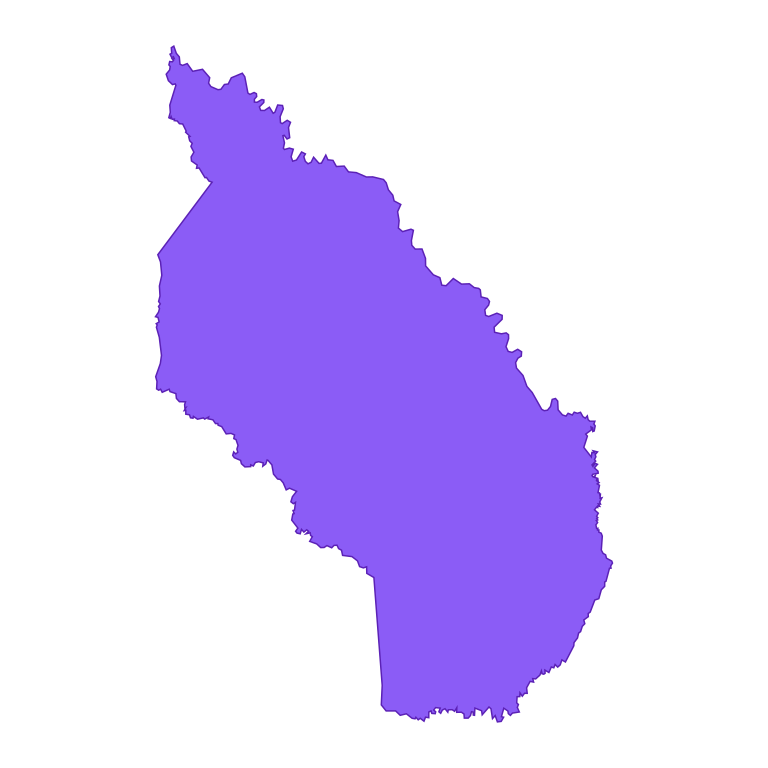 Sabana De Torres, Santander, Colombia (Natural Earth projection)
{"feature_id": "7082276B5396414457031", "entity_name": "Sabana De Torres", "entity_type": "district", "adm_level": 2, "iso_a3": "COL", "parent_name": "Colombia", "parent_adm1": "Santander", "projection": "natural_earth1", "projection_center": [-73.555, 7.427], "detail": "fine", "context": "isolated", "style": "filled", "palette": "violet", "viewbox_px": 768, "rotation_deg": 0, "n_neighbors": 0, "source": "geoboundaries", "source_scale": "gbopen_adm2", "svg_char_len": 6089}
<svg xmlns="http://www.w3.org/2000/svg" viewBox="0 0 768 768"><path d="M400.2,715.3L406.4,713.8L412.1,718.3L415.1,718.8L415.9,717.3L418.2,719.8L420.2,718.3L424.0,721.2L425.5,717.2L428.8,717.7L428.8,712.0L431.0,710.9L431.8,713.4L435.2,713.7L435.7,711.8L433.7,710.0L435.6,707.6L440.2,708.1L438.9,711.8L440.7,713.3L442.3,710.1L445.0,708.7L447.8,712.2L448.3,709.8L452.2,709.7L454.6,711.3L456.8,707.7L456.7,712.3L461.4,712.2L464.0,714.0L464.3,718.1L468.2,718.1L470.5,715.5L471.5,711.7L473.1,712.0L473.3,715.1L474.5,715.3L474.9,708.1L481.6,710.7L482.2,714.8L489.0,707.0L491.0,708.8L492.5,718.6L495.2,715.6L497.4,721.9L501.2,721.4L503.6,717.2L501.4,716.7L503.8,708.2L507.9,711.0L508.3,713.6L510.4,715.4L512.4,713.1L519.3,712.0L517.3,707.4L518.4,704.5L516.7,702.8L517.1,696.7L519.8,696.6L520.0,692.9L522.3,696.2L524.5,693.3L527.2,693.3L526.6,687.8L530.1,681.4L533.6,682.1L532.7,678.6L535.7,678.9L539.9,675.1L541.4,670.9L542.1,673.8L543.8,674.2L545.1,673.3L544.9,670.1L548.9,672.5L551.3,667.0L553.8,667.8L555.1,664.5L557.7,667.1L560.2,664.9L561.9,659.9L565.4,662.0L573.8,645.8L574.0,642.6L577.5,638.0L578.6,633.1L580.6,631.6L582.3,626.3L584.8,623.7L583.8,620.0L588.3,616.6L588.2,613.5L590.2,612.1L594.8,600.0L598.8,598.7L601.3,589.8L604.7,586.3L604.7,582.0L606.0,581.3L609.5,568.2L611.0,568.2L610.7,565.9L612.5,563.1L611.8,561.1L606.5,558.2L605.6,554.8L603.1,553.4L601.3,550.1L602.3,536.1L601.2,533.2L598.8,532.1L598.9,530.0L597.6,530.0L597.9,528.3L596.6,528.5L595.9,524.8L597.6,522.5L596.3,520.5L597.7,519.9L596.7,518.4L597.8,517.7L596.6,516.3L598.3,513.2L594.5,509.8L596.7,507.0L597.7,507.5L597.7,506.0L599.7,506.3L598.3,503.9L600.5,504.1L599.7,502.0L601.9,497.8L600.1,498.3L600.5,493.4L599.8,495.0L599.4,492.9L598.0,492.6L599.5,485.3L597.2,483.9L599.1,482.6L596.5,480.6L596.8,479.6L598.1,480.7L597.8,478.4L594.7,477.4L595.3,475.6L593.2,477.0L592.0,475.7L592.7,474.3L598.2,473.2L598.0,471.2L594.4,467.9L597.5,464.3L595.1,463.3L592.9,466.4L592.0,464.9L595.7,461.1L594.5,459.5L595.9,456.8L595.2,454.6L597.5,451.9L593.1,450.8L594.4,452.8L591.9,452.5L591.3,457.0L583.8,447.4L587.4,436.1L585.7,434.1L591.5,429.8L591.0,426.9L592.7,427.8L592.8,431.5L594.2,431.0L595.2,425.9L593.9,424.0L594.9,421.2L589.8,421.2L588.1,419.6L587.3,415.9L585.3,418.2L582.9,416.6L580.5,412.3L577.4,413.3L574.2,412.2L572.3,415.0L568.1,413.3L566.0,416.1L562.4,414.9L558.1,409.8L557.7,401.1L555.5,398.5L552.2,399.4L550.5,406.5L547.5,410.2L544.2,410.7L541.7,409.3L532.2,392.5L526.9,386.4L523.0,375.5L516.5,368.1L515.6,362.6L517.9,358.2L521.3,356.1L521.6,351.8L517.7,349.3L512.1,352.4L508.2,351.4L506.0,346.7L508.6,338.6L508.5,334.7L506.2,332.9L501.4,333.8L494.6,332.3L494.1,327.2L502.1,319.3L502.2,315.4L496.9,313.2L488.7,316.5L485.6,315.4L484.8,309.7L488.6,305.1L489.5,301.5L487.4,298.5L481.1,296.9L480.3,289.9L478.7,288.4L474.2,287.6L469.4,283.8L461.5,284.1L453.3,278.5L446.1,285.7L441.8,285.2L439.9,277.7L433.3,274.8L425.6,265.9L425.5,258.4L422.0,249.0L415.2,249.1L411.8,245.3L411.4,240.6L413.4,230.3L411.0,229.2L402.6,231.6L398.4,228.1L399.1,220.6L397.6,211.7L400.8,204.5L394.1,200.9L392.8,195.2L388.4,189.8L386.2,182.8L383.5,179.5L372.8,176.9L366.4,177.0L356.3,172.6L348.5,171.9L344.2,166.1L336.4,166.5L333.0,160.4L327.9,159.8L325.8,155.1L321.4,163.2L319.0,163.4L313.6,157.2L311.1,162.3L308.0,163.8L305.3,161.3L303.8,156.7L305.4,153.9L301.6,152.0L296.5,160.0L292.7,161.2L291.1,156.8L293.3,149.2L289.4,148.1L284.4,149.5L283.4,148.2L284.5,142.9L282.9,135.7L284.2,135.3L287.0,139.0L289.7,137.7L288.5,127.5L290.5,122.3L287.2,120.3L282.2,123.6L280.5,122.7L280.1,116.7L283.3,108.8L282.5,105.5L277.7,105.0L274.9,112.2L273.2,113.3L269.4,107.2L264.5,110.5L260.7,110.4L259.4,106.9L263.8,102.5L263.9,100.0L261.9,99.5L257.1,102.3L254.4,102.1L254.4,99.2L256.7,96.5L256.4,93.7L254.1,92.5L249.9,94.4L247.9,93.0L244.8,76.8L242.3,73.2L231.3,77.8L228.2,84.0L224.4,84.5L220.9,89.3L218.0,89.7L210.9,86.6L208.6,83.2L209.7,77.7L202.5,69.3L192.7,71.3L187.2,63.6L182.5,65.4L180.0,64.2L179.3,56.9L176.3,53.3L173.8,46.1L171.3,47.7L171.7,53.3L170.0,54.2L171.7,57.6L173.4,56.7L174.3,58.7L172.2,58.9L173.5,60.4L172.3,61.8L169.7,61.5L168.9,64.9L170.2,66.5L169.6,70.0L166.2,74.2L168.4,80.7L172.5,84.6L175.2,83.9L175.9,85.2L169.8,105.1L170.3,112.3L168.8,117.7L170.3,118.5L171.1,116.6L172.1,119.3L174.4,119.1L174.2,120.6L177.3,121.0L179.4,123.7L182.7,124.0L186.2,131.1L185.6,132.2L190.0,136.4L188.7,136.8L189.7,140.8L192.2,143.3L190.9,146.4L193.9,152.2L191.1,157.0L191.5,161.0L197.2,165.0L196.5,168.3L199.1,168.0L205.0,177.7L206.5,177.5L209.0,181.1L212.1,182.2L157.8,254.7L160.5,261.9L161.8,275.3L159.4,286.0L160.0,296.0L158.6,301.5L160.3,303.9L158.5,306.5L159.5,308.6L158.5,312.2L155.5,316.7L158.0,317.4L159.1,321.9L156.2,323.7L157.2,324.9L156.4,327.2L159.3,337.3L161.5,355.4L160.3,363.6L155.7,376.7L157.0,381.5L156.6,388.9L158.7,390.2L160.6,389.2L162.2,392.3L169.2,389.2L170.0,391.6L175.9,393.6L176.4,398.4L179.4,401.7L185.5,401.8L184.6,404.6L184.9,408.2L185.8,407.7L184.2,410.6L185.8,410.3L185.8,414.2L189.5,414.8L190.5,417.8L193.0,418.2L193.4,416.4L197.5,419.2L203.4,417.9L204.7,419.1L208.6,417.0L208.1,418.8L212.9,419.8L215.5,423.6L217.8,423.5L218.1,425.2L221.7,426.6L226.2,433.9L231.0,433.4L234.5,434.9L233.8,438.6L236.0,439.6L238.0,445.4L236.9,449.1L237.8,452.3L235.7,453.9L233.7,451.9L232.7,455.4L234.3,457.7L240.6,460.4L241.4,463.7L244.9,466.9L250.7,466.6L250.7,464.8L253.3,466.0L255.4,462.5L258.7,461.7L263.2,462.9L262.8,466.2L265.8,463.9L267.1,460.0L268.1,460.4L271.9,464.9L273.5,474.1L277.6,479.0L280.4,479.5L283.2,482.8L286.2,489.9L289.5,488.2L296.6,491.3L292.4,496.7L290.9,501.8L293.3,503.7L295.5,502.3L294.5,510.1L293.0,510.5L294.1,513.6L292.8,514.0L291.7,520.1L297.9,528.1L295.6,531.3L297.0,533.1L300.2,533.8L301.5,529.4L303.9,532.1L306.7,529.8L308.6,531.3L306.0,533.8L310.2,532.8L310.6,535.4L312.3,536.7L309.7,541.4L316.7,543.9L320.7,547.6L324.1,547.5L326.9,545.6L331.7,547.8L334.0,545.4L337.0,545.2L338.6,548.6L341.5,550.2L342.6,555.4L352.0,556.6L357.5,560.9L359.6,566.6L363.4,567.9L366.6,566.8L366.8,573.4L373.9,577.5L382.2,685.4L381.3,704.9L386.1,710.9L395.6,710.9L400.2,715.3Z" fill="#8b5cf6" stroke="#5b21b6" stroke-width="1.5"/></svg>